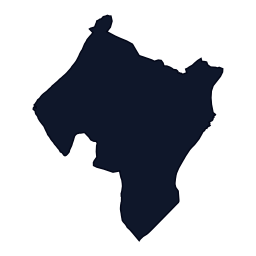 the district of Toungo, Adamawa, Nigeria
{"feature_id": "59680162B46313771844948", "entity_name": "Toungo", "entity_type": "district", "adm_level": 2, "iso_a3": "NGA", "parent_name": "Nigeria", "parent_adm1": "Adamawa", "projection": "albers", "projection_center": [11.775, 7.93], "detail": "fine", "context": "isolated", "style": "filled", "palette": "ink", "viewbox_px": 256, "rotation_deg": 0, "n_neighbors": 0, "source": "geoboundaries", "source_scale": "gbopen_adm2", "svg_char_len": 3596}
<svg xmlns="http://www.w3.org/2000/svg" viewBox="0 0 256 256"><path d="M139.2,240.6L140.1,239.2L143.0,236.4L146.6,234.2L148.2,232.9L150.4,230.8L153.3,227.9L168.8,212.1L175.5,205.2L178.2,202.5L178.7,201.6L178.8,200.2L178.1,191.0L175.8,187.7L175.4,186.6L174.9,184.3L174.9,183.9L174.9,182.9L175.3,178.9L175.9,175.2L176.5,172.9L178.7,167.8L180.8,164.1L182.4,161.3L182.6,161.0L182.9,160.4L183.7,159.1L185.5,155.9L186.7,154.1L187.1,153.5L189.6,149.7L191.6,147.4L194.5,144.5L197.1,141.2L198.9,138.9L201.1,135.0L203.0,131.5L204.4,130.6L205.4,128.7L206.0,128.3L206.5,128.2L206.8,128.3L207.2,127.6L207.6,126.5L207.9,126.5L208.5,126.5L208.8,126.4L209.2,125.9L209.9,125.6L210.1,125.4L209.3,124.6L209.8,123.5L209.6,123.0L209.0,122.4L209.1,122.1L210.7,121.2L211.8,120.7L212.5,120.0L212.9,119.1L213.1,118.1L213.0,117.2L213.3,116.9L213.9,117.0L213.8,115.9L214.0,115.4L215.0,115.2L215.4,114.5L213.0,112.6L211.4,104.4L210.9,97.8L211.3,91.0L213.1,85.6L220.4,76.3L222.5,72.0L222.7,68.8L219.2,67.4L217.5,68.0L215.6,67.4L210.6,67.1L207.6,64.9L206.6,62.1L205.4,61.8L204.5,61.6L201.8,61.5L201.0,58.5L197.7,60.6L194.5,63.3L193.1,64.7L191.8,65.7L190.4,66.4L189.9,66.7L188.6,67.5L187.6,68.3L185.7,69.1L186.8,72.8L182.5,74.4L181.9,73.8L181.4,73.4L180.7,73.7L179.8,72.9L179.3,72.9L178.7,73.1L178.4,73.0L178.0,72.8L177.8,72.4L178.0,71.8L177.4,70.9L176.2,69.9L173.3,69.5L171.8,68.3L169.8,67.2L166.9,66.1L163.9,66.0L163.0,63.0L161.2,60.5L158.3,60.1L154.4,61.3L152.5,60.4L152.0,60.1L148.7,58.9L146.0,58.0L143.2,57.0L141.0,56.3L139.1,55.6L136.0,50.4L132.4,44.2L126.7,41.1L120.6,38.6L115.2,36.2L106.8,31.7L110.3,27.2L112.0,21.1L110.9,16.1L109.4,16.1L107.4,15.4L105.5,16.2L103.3,16.7L101.4,18.9L99.7,19.3L98.4,20.3L96.9,20.9L96.4,22.8L95.8,24.1L94.8,26.9L93.7,27.4L90.6,28.3L89.5,29.0L93.0,32.6L91.4,34.7L90.7,35.5L90.0,36.2L87.1,39.7L86.6,40.9L85.9,42.1L84.7,44.0L83.7,46.4L82.8,48.6L82.3,49.8L81.3,51.2L80.0,53.6L79.9,53.8L78.9,56.2L77.4,59.1L76.5,60.8L75.7,62.0L74.1,64.1L72.1,66.5L70.9,68.4L69.2,70.3L68.3,71.3L67.1,72.7L65.4,74.4L63.2,76.3L61.5,77.9L59.9,79.1L58.2,80.8L57.2,81.8L56.9,82.0L55.5,83.2L53.6,84.9L52.4,85.8L51.0,87.5L49.3,88.9L47.1,91.1L45.7,92.2L43.5,93.9L42.0,95.3L41.3,96.1L40.6,97.0L39.6,98.4L37.7,99.9L36.7,101.8L36.0,102.7L35.5,103.5L35.1,104.2L34.3,104.6L34.4,105.8L35.5,106.1L36.0,106.6L36.0,107.8L35.3,107.5L34.6,107.0L33.6,107.5L33.3,108.7L33.3,109.4L34.3,110.1L35.2,110.9L35.5,112.8L35.9,114.0L36.4,114.7L36.9,115.2L37.8,116.6L38.3,118.3L38.6,118.8L39.7,120.7L41.9,123.6L44.0,126.2L45.4,129.3L46.2,131.0L47.1,132.7L47.8,134.6L49.7,137.0L50.9,139.1L52.6,141.3L53.3,142.0L54.5,143.9L55.1,144.6L56.6,146.3L57.3,147.3L58.3,148.5L59.0,149.2L60.4,151.8L62.1,152.6L62.4,153.0L64.0,155.2L65.0,155.5L65.0,155.4L65.0,155.5L66.2,155.2L66.3,155.1L67.6,153.8L69.1,151.9L69.5,150.0L71.5,145.7L72.0,144.2L72.2,143.3L72.9,141.4L73.4,139.9L73.9,138.0L74.2,137.1L74.6,135.9L75.4,134.9L76.5,133.9L76.8,133.6L77.6,133.5L79.2,133.0L80.7,133.0L83.6,132.5L84.8,132.6L86.7,134.7L88.9,136.9L90.9,139.8L93.5,141.1L96.4,141.4L97.3,143.2L96.7,145.7L96.4,151.6L96.9,157.1L94.3,160.8L93.5,162.6L93.6,165.5L96.9,167.1L103.9,169.0L113.0,172.1L119.6,170.9L121.0,177.4L121.9,179.8L122.4,183.3L122.6,186.2L121.9,191.2L121.2,193.9L121.3,194.3L121.3,196.1L121.3,196.3L121.7,197.3L121.7,197.8L121.6,198.8L121.6,199.3L121.6,199.5L121.6,200.6L121.7,201.3L121.3,202.2L121.1,203.4L120.8,205.4L120.6,208.0L120.6,209.4L121.0,212.0L121.3,213.5L121.5,215.2L122.4,220.4L123.4,221.9L125.3,224.0L126.5,225.7L127.4,227.4L128.6,228.4L129.2,229.0L130.3,230.0L131.7,231.7L132.3,232.3L139.2,240.6Z" fill="#0f172a" stroke="#020617" stroke-width="1.5"/></svg>